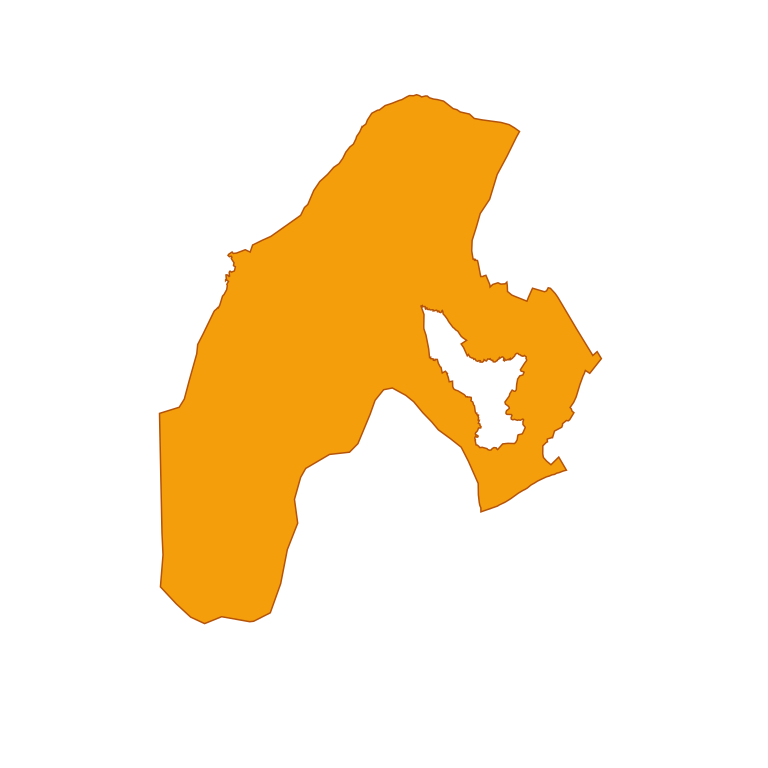 the district of Ohaukwu, Ebonyi, Nigeria, rotated 200°
{"feature_id": "59680162B24000905354670", "entity_name": "Ohaukwu", "entity_type": "district", "adm_level": 2, "iso_a3": "NGA", "parent_name": "Nigeria", "parent_adm1": "Ebonyi", "projection": "natural_earth1", "projection_center": [7.913, 6.539], "detail": "fine", "context": "isolated", "style": "filled", "palette": "amber", "viewbox_px": 768, "rotation_deg": 200, "n_neighbors": 0, "source": "geoboundaries", "source_scale": "gbopen_adm2", "svg_char_len": 6170}
<svg xmlns="http://www.w3.org/2000/svg" viewBox="0 0 768 768"><g transform="rotate(200 384 384)"><path d="M344.0,661.3L343.0,667.6L348.9,669.3L355.1,670.5L363.5,669.8L382.4,665.7L390.1,664.4L396.0,666.9L405.4,665.7L409.3,666.7L413.2,666.4L424.7,670.2L431.4,669.5L434.8,668.7L439.2,668.5L441.8,669.4L443.4,668.9L446.9,666.6L449.2,667.1L452.3,667.0L454.8,665.0L458.8,663.7L461.0,661.4L464.5,657.3L466.8,655.6L472.5,650.5L478.2,646.0L482.0,640.0L483.8,639.0L488.1,634.2L489.9,626.3L489.9,622.3L490.6,621.0L491.7,619.5L492.3,618.0L492.7,618.2L493.0,612.7L494.4,607.2L494.2,604.9L494.8,598.9L497.1,595.2L499.2,588.8L499.9,582.0L501.6,575.7L505.4,570.3L508.7,561.7L513.6,552.3L516.2,541.8L517.0,526.6L519.1,522.7L520.0,514.0L540.8,484.0L547.4,477.6L555.0,469.7L554.9,462.2L560.3,462.7L567.5,456.5L570.4,455.1L571.9,456.1L574.3,452.8L574.6,451.5L572.8,450.7L571.3,451.8L570.3,451.2L570.5,449.9L569.2,448.7L566.4,446.6L566.0,443.9L565.2,443.5L563.8,443.4L563.3,439.8L563.4,438.9L565.8,436.9L567.2,437.4L567.6,437.0L567.6,435.8L566.0,432.5L566.4,432.0L568.2,432.9L569.2,432.8L569.8,432.4L568.3,429.2L567.9,428.8L568.5,427.8L568.2,427.0L568.0,427.5L567.1,427.8L565.2,427.2L565.8,423.9L564.9,422.9L564.1,418.9L564.9,413.5L565.8,411.3L565.3,402.0L565.7,398.9L566.2,399.1L567.3,396.6L568.3,395.0L568.6,393.6L571.1,369.2L572.6,357.4L570.3,348.4L568.2,320.7L566.5,301.5L568.5,292.1L584.9,279.6L541.6,167.9L533.2,147.8L524.7,116.9L504.1,106.4L485.9,98.8L470.6,97.5L457.0,109.8L428.9,114.7L425.3,116.5L412.6,130.1L412.8,161.1L418.2,195.3L417.5,223.7L428.7,245.0L430.4,267.8L428.7,277.9L411.1,299.2L393.1,308.1L388.1,319.0L386.7,350.8L386.8,365.6L382.4,378.5L374.8,383.1L359.6,380.8L350.0,377.5L337.7,370.3L326.2,364.7L317.2,359.5L302.7,355.3L289.8,351.0L278.3,340.3L261.5,322.8L257.4,312.1L253.9,305.1L252.5,302.8L250.6,300.7L249.2,297.0L235.6,308.1L234.3,309.8L229.5,314.7L225.6,319.7L220.4,327.4L217.0,331.6L215.6,333.0L213.7,335.3L211.6,339.0L210.4,340.5L208.8,342.3L206.5,345.3L203.2,348.7L199.5,352.4L197.1,354.1L195.2,356.0L192.8,357.4L191.2,359.3L189.3,360.5L185.5,363.8L183.1,365.4L194.8,375.1L199.5,365.2L204.9,367.2L209.1,369.5L210.9,372.6L213.6,380.2L211.6,384.5L210.6,385.6L211.8,387.9L211.7,388.2L208.3,390.7L208.1,391.2L207.3,391.2L207.7,398.1L202.2,404.2L202.2,406.5L202.7,407.7L200.1,412.1L198.3,412.4L197.3,413.9L195.7,422.0L198.0,422.8L199.4,424.6L201.1,425.5L199.5,431.7L199.0,437.5L199.7,450.4L199.7,459.4L199.4,462.2L199.4,465.6L194.3,464.4L188.4,482.2L194.8,487.3L197.5,482.2L221.0,500.9L250.4,525.0L254.1,527.6L260.3,530.8L262.6,530.6L263.1,527.1L264.7,525.6L277.2,524.8L277.9,515.0L278.0,510.7L290.9,511.1L294.4,511.3L299.6,513.2L301.8,518.6L303.4,521.7L304.4,519.6L308.4,517.8L311.5,518.1L315.9,514.7L317.5,511.4L318.6,513.6L325.4,521.0L327.2,519.7L327.7,518.9L329.9,518.1L336.9,529.8L338.4,532.0L340.3,531.5L340.7,532.3L341.0,532.3L341.4,531.4L342.3,532.2L343.0,531.8L347.1,539.1L350.3,549.1L350.9,563.1L351.9,577.1L347.9,593.7L349.3,619.6L346.3,640.3L344.0,661.3ZM273.3,357.7L275.4,358.5L276.6,358.2L279.1,362.2L278.9,362.7L280.1,363.9L280.3,364.7L280.1,366.2L278.6,365.8L277.8,366.2L277.7,367.2L278.4,367.6L280.7,367.9L281.2,368.5L281.2,369.6L280.2,371.8L280.1,375.0L278.1,375.8L278.2,377.1L278.8,377.5L279.5,377.7L280.2,379.2L281.9,379.3L282.0,382.5L283.0,382.1L283.3,382.8L283.5,384.6L284.6,385.8L284.5,387.0L285.1,387.1L285.7,386.7L286.6,387.5L286.8,388.3L287.6,388.0L288.8,389.2L291.5,394.3L293.0,395.3L293.6,396.4L294.6,397.5L296.7,398.0L296.7,399.5L297.5,401.2L299.5,400.9L300.9,400.3L301.4,400.6L302.0,400.2L302.8,400.0L303.6,400.8L305.1,401.5L312.3,402.9L314.8,402.8L316.9,403.3L318.5,405.0L320.6,410.1L323.5,408.4L325.9,412.2L328.3,415.0L328.0,415.5L330.7,417.0L333.0,414.3L333.9,415.6L336.1,419.2L337.0,419.3L340.0,422.0L342.3,425.3L344.5,424.6L344.2,423.6L345.7,423.2L346.4,424.4L348.8,423.8L349.3,425.1L350.2,424.4L354.1,432.4L357.4,437.9L361.2,444.2L365.4,449.5L366.2,451.4L370.2,463.0L375.9,469.9L374.8,470.9L374.0,469.7L373.0,470.5L371.9,470.8L371.6,470.1L371.0,470.1L371.1,469.2L370.6,468.7L370.0,469.6L369.5,470.0L369.1,469.1L368.0,469.0L367.0,469.8L366.0,469.4L363.7,470.4L362.9,470.4L362.8,469.5L361.5,470.1L360.2,471.3L359.3,471.2L358.5,470.2L357.6,470.6L357.7,471.2L357.5,471.3L357.1,471.2L356.5,470.5L355.4,470.4L354.9,470.8L354.6,471.5L354.7,472.1L354.4,473.1L354.2,473.0L353.3,471.8L352.4,470.1L349.8,468.7L346.4,466.4L345.4,465.4L343.8,464.2L338.4,460.7L337.4,460.5L334.9,459.3L332.8,458.9L328.1,455.4L326.0,454.5L321.3,453.3L325.2,448.0L321.7,445.5L315.4,439.0L314.8,440.6L312.4,438.7L310.4,438.5L309.8,438.7L308.7,438.6L308.1,437.9L307.2,438.7L306.6,438.4L305.5,437.4L303.5,437.4L303.0,438.4L301.5,438.8L301.3,437.5L299.0,438.2L298.2,439.5L298.3,441.2L297.7,441.1L296.4,440.6L295.6,440.7L295.0,443.1L293.4,443.3L293.2,443.8L292.9,444.1L292.6,443.9L292.2,443.3L291.2,443.3L290.5,443.0L289.9,443.4L288.9,442.2L287.2,442.7L286.0,444.4L285.5,444.8L285.7,445.4L285.2,446.3L284.8,446.5L284.5,447.1L284.7,447.9L284.6,448.3L283.9,447.8L283.0,449.1L282.3,449.9L281.7,450.1L280.3,449.4L279.8,447.1L278.7,446.9L278.7,448.5L278.0,448.0L276.8,448.5L275.8,449.6L275.3,449.4L274.2,451.1L273.7,450.0L272.3,451.8L270.8,455.1L270.7,456.9L269.6,458.3L268.4,458.5L267.4,457.9L266.9,457.8L266.1,458.1L264.9,457.5L264.3,457.8L263.7,457.4L262.3,458.0L261.9,458.8L259.6,458.1L259.3,456.5L258.5,455.9L258.0,454.8L259.0,451.6L260.7,444.0L259.6,443.0L257.1,443.2L256.4,443.0L256.6,440.0L259.2,438.1L260.1,434.4L259.2,429.0L257.7,423.8L258.3,422.1L259.1,421.7L261.5,422.1L262.4,418.0L262.2,415.4L264.2,408.4L263.0,406.7L259.9,405.8L258.4,404.9L257.9,404.0L258.5,402.8L259.7,400.9L259.7,399.1L259.2,397.9L258.2,397.5L253.8,398.9L253.0,398.2L253.1,395.8L252.3,394.5L250.7,394.4L249.3,395.4L246.2,395.5L245.4,396.2L243.5,396.6L242.0,398.2L241.6,398.5L240.8,398.4L240.5,397.8L240.6,396.3L239.5,393.4L236.9,391.9L236.4,391.4L236.7,386.5L237.0,384.6L237.9,383.8L240.5,382.2L240.6,381.1L239.8,377.2L240.2,374.5L241.0,372.7L247.3,370.6L252.0,368.3L254.8,361.2L255.5,361.4L256.6,362.4L258.9,361.9L260.2,360.4L260.7,358.8L262.0,357.9L264.0,357.9L265.1,358.5L270.2,358.1L271.1,357.5L272.5,357.0L273.3,357.7Z" fill="#f59e0b" stroke="#b45309" stroke-width="1.5"/></g></svg>